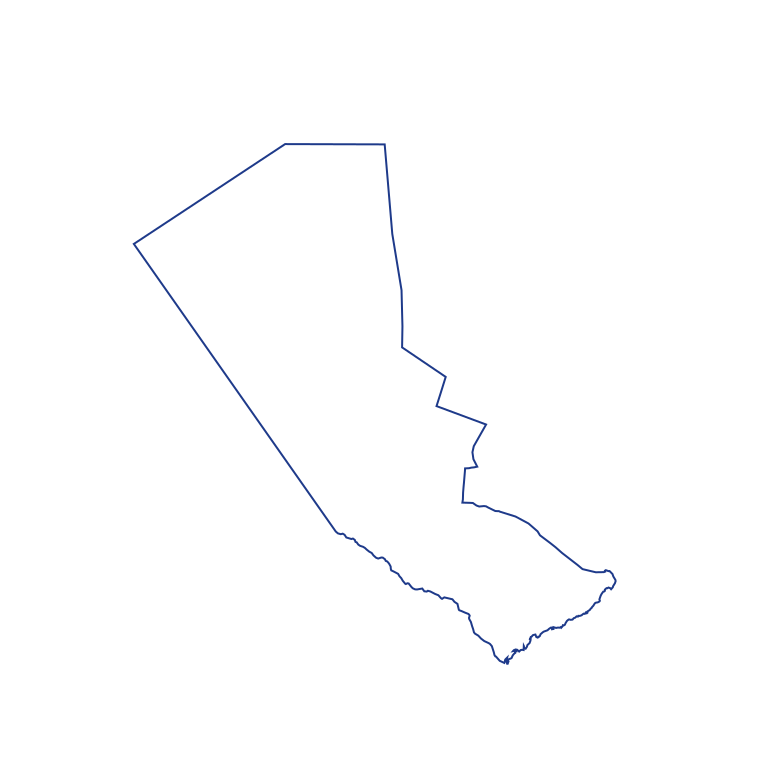 outline of Faasaleleaga II, Fa'asaleleaga, Samoa, rotated 18°
{"feature_id": "51752279B41947218323139", "entity_name": "Faasaleleaga II", "entity_type": "district", "adm_level": 2, "iso_a3": "WSM", "parent_name": "Samoa", "parent_adm1": "Fa'asaleleaga", "projection": "robinson", "projection_center": [-172.209, -13.636], "detail": "fine", "context": "isolated", "style": "outline", "palette": "blue", "viewbox_px": 768, "rotation_deg": 18, "n_neighbors": 0, "source": "geoboundaries", "source_scale": "gbopen_adm2", "svg_char_len": 3273}
<svg xmlns="http://www.w3.org/2000/svg" viewBox="0 0 768 768"><g transform="rotate(18 384 384)"><path d="M584.6,612.1L584.7,610.1L584.4,609.4L584.6,608.3L585.7,606.2L586.0,609.5L586.7,610.8L587.6,612.0L588.1,611.8L588.1,610.4L587.3,610.5L587.1,609.9L587.8,609.1L587.0,608.5L588.0,606.9L589.2,606.1L590.0,605.2L590.3,602.3L591.2,600.1L591.9,599.2L591.1,597.9L592.4,597.4L591.9,596.6L589.3,598.1L589.7,597.1L591.2,595.8L592.8,595.6L595.2,596.7L596.2,594.8L597.5,594.1L599.0,593.9L597.9,589.9L598.0,590.0L598.6,591.2L599.7,592.0L600.5,592.0L601.1,589.9L601.1,587.9L602.5,585.4L602.6,582.9L602.4,581.8L601.6,581.7L601.5,580.9L602.1,580.5L601.8,579.2L602.5,578.6L603.2,576.9L604.0,576.3L605.4,575.5L607.1,577.6L608.5,577.7L608.8,576.7L609.3,576.8L610.1,575.5L610.2,573.6L611.7,571.1L612.5,570.1L615.6,567.7L616.6,565.9L618.0,564.1L619.0,563.8L619.6,565.3L620.9,564.6L620.4,562.9L623.1,562.8L624.5,562.0L626.5,561.4L627.3,560.5L627.9,561.0L628.7,559.2L628.7,558.1L629.6,558.0L630.4,557.1L630.6,555.2L631.2,552.8L632.0,551.5L632.7,550.7L634.4,550.6L636.1,549.8L636.8,548.1L638.1,547.1L638.9,545.5L640.3,545.3L640.5,544.4L641.8,544.1L643.4,542.9L644.1,541.7L644.9,540.7L646.0,540.6L646.6,538.9L647.7,539.4L648.2,538.6L647.7,537.6L649.6,535.2L650.0,533.7L650.6,533.0L650.8,531.9L651.6,530.2L652.3,527.4L653.2,526.4L654.7,525.7L656.0,524.4L656.3,523.5L655.4,522.2L655.5,518.2L655.9,516.1L656.7,513.7L657.5,513.3L658.0,512.4L657.6,511.3L658.7,509.4L659.4,509.3L660.4,508.2L662.3,508.3L663.4,509.0L664.4,506.7L664.4,505.3L665.2,502.1L665.2,499.9L664.6,498.8L661.6,496.2L660.0,494.1L656.3,492.2L655.3,492.6L652.5,492.5L651.8,493.3L652.3,494.1L651.2,495.0L643.6,497.6L640.1,497.9L630.0,498.7L624.0,496.3L605.6,489.7L597.5,486.2L591.0,483.8L579.1,479.7L575.6,476.7L564.5,472.0L550.0,469.4L533.7,469.6L532.5,469.4L530.0,470.2L529.0,470.4L521.3,469.3L518.9,468.8L516.8,469.2L512.4,471.1L509.5,471.0L505.3,469.7L502.0,470.6L495.2,472.6L494.7,469.4L492.8,462.9L491.4,457.0L490.6,453.4L487.9,441.9L487.2,439.2L490.9,437.8L492.8,436.6L495.5,435.4L498.2,433.8L492.3,427.9L489.2,421.6L488.6,415.4L493.6,391.0L440.8,388.8L440.7,375.1L440.5,358.2L389.9,343.6L383.7,323.4L371.7,289.4L345.5,238.7L310.6,155.9L215.8,186.4L125.3,299.9L102.8,328.1L383.7,539.2L386.3,540.3L389.3,540.2L391.0,539.1L393.1,539.6L395.6,541.6L400.9,541.5L402.2,540.6L404.4,541.3L405.7,543.0L406.9,543.0L409.2,544.7L411.3,545.3L414.4,545.3L416.5,545.8L418.6,546.8L421.8,548.0L424.5,548.5L427.0,550.3L430.2,551.7L432.4,551.8L435.0,549.9L436.5,549.5L439.1,550.4L440.3,551.7L441.6,551.7L443.2,552.5L444.6,553.5L446.7,555.5L447.6,557.7L448.5,559.0L450.9,559.3L456.1,560.2L458.2,562.1L460.4,563.3L462.6,565.3L465.9,567.4L466.6,567.5L467.8,566.3L469.1,566.1L472.7,568.5L474.5,569.4L477.0,569.7L478.9,569.2L483.6,566.7L486.4,568.7L488.8,568.2L489.6,567.1L492.2,567.0L497.6,567.9L501.0,568.1L504.4,570.1L505.6,570.4L507.3,568.3L515.6,567.6L518.3,569.4L521.8,570.4L524.9,575.5L525.5,575.9L527.9,576.0L531.7,576.4L535.3,576.6L536.3,577.1L537.1,577.9L537.1,580.2L537.8,581.3L540.2,583.5L542.5,586.9L544.6,589.7L546.3,592.4L547.7,593.3L551.5,594.2L554.9,596.1L558.8,597.5L563.7,598.1L565.2,598.5L567.6,600.0L571.4,605.3L572.8,607.6L574.0,608.6L574.7,608.6L579.6,611.5L584.6,612.1Z" fill="none" stroke="#1e3a8a" stroke-width="2"/></g></svg>